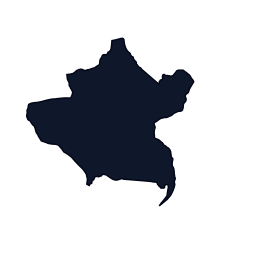 outline of Matayos, Western, Kenya, rotated 328°
{"feature_id": "3690345B71861733049608", "entity_name": "Matayos", "entity_type": "district", "adm_level": 2, "iso_a3": "KEN", "parent_name": "Kenya", "parent_adm1": "Western", "projection": "orthographic", "projection_center": [34.181, 0.39], "detail": "fine", "context": "isolated", "style": "filled", "palette": "ink", "viewbox_px": 256, "rotation_deg": 328, "n_neighbors": 0, "source": "geoboundaries", "source_scale": "gbopen_adm2", "svg_char_len": 5492}
<svg xmlns="http://www.w3.org/2000/svg" viewBox="0 0 256 256"><g transform="rotate(328 128 128)"><path d="M208.2,123.6L208.4,122.4L208.4,121.7L208.3,120.7L208.1,119.7L208.1,119.0L208.2,118.1L208.2,116.7L208.2,115.8L207.7,114.5L207.3,113.4L207.0,112.4L206.7,111.7L206.5,111.1L206.1,110.3L205.9,109.5L205.5,108.8L205.2,108.0L204.3,107.5L203.4,107.0L202.3,106.2L201.6,105.8L200.7,105.5L199.6,105.4L198.4,105.9L197.5,106.2L196.5,106.6L194.3,107.3L193.1,107.4L192.4,107.0L191.6,106.6L191.0,106.2L190.6,105.5L189.7,105.0L189.3,104.4L188.5,104.1L187.9,103.5L187.4,102.9L187.2,102.0L186.5,101.5L185.5,101.6L184.5,102.6L184.1,103.2L183.8,104.4L182.8,105.0L181.5,104.7L180.6,104.6L179.9,105.1L179.0,105.4L178.7,106.0L178.2,106.5L177.5,107.0L177.1,106.3L170.6,85.3L170.6,84.1L170.3,83.3L169.7,82.6L169.5,81.8L169.3,81.1L169.3,80.4L169.3,79.5L169.1,78.8L169.2,77.8L169.8,76.6L169.8,75.8L169.6,75.1L169.4,74.3L169.4,73.6L169.2,72.7L169.5,71.6L169.9,70.7L169.5,69.8L168.8,69.0L169.0,68.0L169.0,67.1L169.3,66.1L169.1,65.0L168.7,64.0L168.4,62.8L168.3,61.7L168.3,60.6L168.4,58.9L168.7,57.8L169.0,56.4L169.4,55.1L169.9,53.9L170.3,52.9L170.8,51.9L171.3,50.9L171.4,49.9L170.9,49.1L170.0,48.6L168.9,48.1L167.8,47.9L166.4,47.4L163.8,46.6L160.7,45.4L158.4,48.5L156.0,51.5L155.2,52.2L154.7,52.7L153.2,53.2L151.9,53.3L151.1,53.2L150.2,53.9L149.1,54.5L148.3,54.3L147.5,53.7L146.4,53.0L145.4,52.8L144.6,53.0L143.9,53.5L143.3,54.0L142.5,54.4L141.3,54.8L140.1,55.8L139.5,56.5L138.1,58.4L137.1,59.0L136.4,59.2L135.1,59.1L133.6,59.1L132.2,59.3L130.9,59.1L129.1,58.5L128.4,58.4L126.7,58.0L125.9,57.9L125.3,57.6L124.3,57.1L123.3,57.0L122.6,56.8L121.5,56.1L120.9,55.1L120.1,54.0L119.2,53.1L118.2,52.9L117.4,52.4L116.2,52.4L115.0,52.0L114.2,52.2L113.4,52.4L112.5,52.5L111.2,52.6L110.4,52.7L109.7,52.5L108.8,52.1L107.9,51.9L107.1,51.6L106.2,51.1L105.3,50.7L104.5,50.3L104.0,51.3L103.6,52.3L103.1,53.2L102.5,54.5L102.3,55.9L102.2,57.1L102.1,58.2L101.6,59.4L100.8,60.5L100.6,61.5L100.7,62.8L100.5,63.8L100.5,64.5L100.4,66.0L100.4,66.7L100.2,68.0L99.6,68.9L99.0,69.4L98.5,70.1L97.4,70.8L96.4,71.5L95.7,72.1L94.2,71.6L92.2,70.2L90.4,69.1L87.8,67.7L83.3,65.5L81.7,64.8L79.2,63.4L77.6,62.7L76.4,62.3L75.6,62.0L74.5,61.6L73.7,61.3L71.0,60.5L68.0,59.6L66.1,58.8L65.4,58.6L63.9,57.9L62.6,57.2L61.6,56.8L60.8,56.4L59.8,56.0L58.7,55.7L57.5,55.5L56.3,55.4L55.7,55.9L54.8,56.9L54.3,57.5L53.6,58.3L52.6,58.9L51.7,59.6L51.0,61.0L50.4,61.9L49.7,62.7L48.3,64.3L47.6,67.8L47.9,68.6L48.3,69.3L48.8,70.0L48.7,71.3L48.9,74.9L49.2,75.7L49.4,76.4L49.5,77.3L49.2,78.1L49.2,79.1L48.7,80.1L47.8,83.4L47.9,84.5L48.0,85.5L47.9,86.4L47.7,87.8L47.7,93.0L50.8,96.8L52.3,98.9L54.8,101.1L55.4,101.6L58.4,103.7L60.0,105.8L60.8,111.0L60.9,114.2L63.1,118.5L64.7,122.8L65.5,127.9L66.4,132.5L67.1,135.5L67.9,138.6L68.2,141.7L68.2,145.1L66.5,150.0L63.3,153.8L63.8,154.5L64.1,155.5L64.7,156.2L65.5,155.5L66.6,155.4L67.4,155.6L68.3,155.4L68.1,154.7L68.8,154.1L69.8,153.9L70.8,153.7L71.7,153.5L72.5,152.9L73.2,152.5L73.9,151.8L75.1,152.2L76.2,152.6L76.7,153.3L77.4,153.9L78.4,154.0L79.1,154.1L79.8,154.5L80.7,154.0L81.6,154.1L82.5,153.9L83.0,154.5L83.5,155.1L84.5,155.9L85.3,157.6L85.7,158.5L86.3,159.9L86.8,161.1L87.4,162.4L88.0,163.4L88.8,164.5L89.5,165.2L90.2,165.8L91.2,166.3L92.4,166.7L93.3,166.9L94.5,167.2L95.8,167.5L96.6,168.4L97.5,169.3L110.0,178.6L118.8,185.2L119.4,185.7L120.1,186.5L120.8,187.0L121.6,187.7L122.7,188.4L123.7,189.3L123.5,190.5L123.3,191.4L123.4,192.3L123.6,193.3L123.6,194.3L124.0,194.9L124.0,195.7L124.2,196.5L125.1,197.0L125.8,197.5L126.6,197.9L127.3,197.9L128.1,196.9L128.8,196.2L129.9,196.1L130.9,196.4L131.5,197.1L131.7,197.9L131.2,199.1L129.8,200.8L128.7,202.0L127.7,203.1L126.5,204.6L125.1,206.2L123.1,207.0L121.1,207.7L119.2,208.4L116.6,209.2L113.2,210.6L119.9,209.7L123.2,209.3L125.8,208.5L127.8,207.9L129.7,207.0L130.8,206.3L132.2,205.4L133.0,204.9L133.6,204.4L134.4,203.8L135.0,203.3L135.8,202.7L136.3,202.2L137.0,201.5L137.7,200.7L138.2,199.5L138.5,198.6L138.9,197.9L139.8,197.2L140.6,196.5L141.4,195.8L141.6,194.9L141.7,194.0L142.3,193.0L142.8,191.6L143.3,190.6L143.8,189.9L144.2,189.0L144.7,188.0L145.0,187.3L145.3,186.3L145.5,185.3L145.4,184.2L145.6,183.2L146.2,182.2L146.9,181.1L147.5,180.3L148.1,179.6L148.7,179.1L149.3,178.4L149.7,177.7L149.6,176.9L149.3,175.9L149.6,174.8L150.2,173.8L150.6,172.8L151.2,171.5L151.6,170.6L151.8,169.8L151.9,168.8L151.8,167.6L151.6,166.3L151.1,165.6L150.6,164.5L150.4,163.2L149.7,162.2L149.3,161.3L149.3,160.6L149.4,159.8L149.3,158.9L148.9,157.7L148.4,156.5L148.3,155.6L148.0,154.9L147.6,154.0L146.9,153.0L146.0,152.0L145.6,151.1L145.4,150.3L145.7,149.5L146.2,148.7L146.7,147.8L147.1,146.9L147.5,146.1L148.0,145.3L148.7,144.5L149.2,143.8L149.8,143.1L150.5,142.6L151.3,141.9L151.6,141.0L151.8,140.0L152.0,139.1L152.4,138.0L153.6,137.4L155.2,137.5L156.4,137.4L157.8,137.3L159.0,137.2L160.0,137.2L160.9,137.2L161.7,137.5L162.5,137.8L163.2,138.0L164.3,138.3L165.1,138.7L165.8,139.3L166.5,139.5L167.3,139.7L168.5,139.9L169.7,140.0L170.9,140.3L172.2,140.3L173.4,140.1L174.3,139.9L175.5,139.9L176.4,140.1L177.5,140.2L178.5,140.3L179.4,140.5L180.4,141.0L181.2,141.4L181.9,141.7L182.8,141.8L183.6,141.6L184.5,140.9L185.5,140.0L186.2,139.1L186.9,138.0L187.6,137.3L188.2,136.8L188.9,136.5L190.1,136.2L191.3,135.7L192.1,135.0L192.5,134.4L192.9,133.6L193.0,132.7L193.1,131.9L193.4,131.3L194.1,130.6L194.9,130.2L195.9,130.0L197.1,130.0L197.9,129.8L198.6,129.3L199.4,128.7L200.0,128.1L201.8,126.9L203.4,126.1L204.7,125.4L206.5,124.5L208.2,123.6Z" fill="#0f172a" stroke="#020617" stroke-width="1.5"/></g></svg>